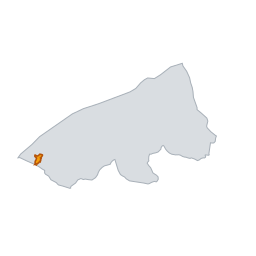 Karluway #1, Maryland, Liberia shown in context, rotated 117°
{"feature_id": "62588387B21181915979204", "entity_name": "Karluway #1", "entity_type": "district", "adm_level": 2, "iso_a3": "LBR", "parent_name": "Liberia", "parent_adm1": "Maryland", "projection": "albers", "projection_center": [-7.745, 4.792], "detail": "fine", "context": "in_parent", "style": "filled", "palette": "amber", "viewbox_px": 256, "rotation_deg": 117, "n_neighbors": 0, "source": "geoboundaries", "source_scale": "gbopen_adm2", "svg_char_len": 3704}
<svg xmlns="http://www.w3.org/2000/svg" viewBox="0 0 256 256"><g transform="rotate(117 128 128)"><path d="M45.7,109.0L47.8,107.2L50.9,101.4L55.3,95.9L59.4,92.6L62.7,89.2L66.1,86.6L71.0,83.6L78.5,75.7L80.3,74.8L81.5,69.2L83.4,62.2L85.6,60.0L90.7,58.8L91.9,57.5L93.7,52.6L94.9,46.8L95.0,45.6L97.0,45.4L100.4,44.2L102.4,44.8L103.3,46.4L103.7,47.8L114.1,44.3L115.0,43.5L115.6,43.7L116.9,46.9L117.6,46.7L118.2,45.8L118.9,45.7L119.8,46.1L120.6,47.6L121.9,49.0L124.1,50.0L125.5,51.3L125.4,54.7L125.9,58.1L126.9,58.9L127.4,60.9L127.7,63.1L128.2,64.3L128.6,66.5L128.4,68.9L128.8,70.6L130.4,73.5L131.5,77.2L131.5,79.8L130.8,82.5L129.7,85.0L127.8,87.7L127.6,88.8L128.8,89.5L130.5,89.6L132.0,89.1L135.7,90.3L137.6,92.1L139.3,94.3L140.8,95.5L141.5,96.9L144.1,96.5L147.1,95.1L147.8,94.5L148.7,94.8L150.6,95.0L152.0,92.6L153.1,89.8L155.5,86.8L156.6,85.6L156.9,83.7L157.1,81.2L157.9,79.0L159.9,77.8L162.0,77.9L163.1,78.3L163.7,80.4L165.4,82.0L166.8,83.1L167.6,83.5L168.8,84.8L169.9,89.0L174.4,102.6L174.1,106.4L173.2,108.8L173.2,111.2L172.9,113.6L170.2,117.5L162.0,125.4L162.7,126.1L164.6,127.0L166.6,127.5L168.2,127.3L170.2,129.3L172.4,131.8L174.7,133.1L178.1,134.2L181.0,134.3L183.5,133.9L187.0,134.4L190.7,136.5L192.0,139.9L192.9,142.9L194.2,144.4L194.4,147.0L197.1,149.2L200.8,149.7L205.8,152.3L207.0,152.2L207.5,151.8L208.1,152.3L209.4,160.0L210.3,164.1L209.8,165.7L209.2,167.0L209.1,173.2L206.9,176.8L206.6,180.6L205.9,181.9L203.6,183.0L203.5,186.0L202.9,189.7L202.7,193.5L203.3,203.5L203.5,211.0L204.5,212.5L199.9,211.8L186.3,206.1L175.8,202.8L140.7,184.0L131.0,176.5L119.8,165.3L94.9,142.6L89.2,139.0L82.0,137.2L77.6,135.3L74.5,133.2L72.0,126.9L65.8,123.2L54.3,117.8L45.7,109.0Z" fill="#d9dde1" stroke="#a8b0b8" stroke-width="1"/><path d="M191.3,194.7L191.6,194.8L191.9,194.9L192.0,194.9L192.3,195.0L192.6,195.1L192.9,195.2L193.1,195.2L193.2,195.3L193.3,195.4L193.4,195.5L193.5,195.6L193.8,195.8L194.0,195.9L194.0,196.0L194.2,196.3L194.3,196.7L194.2,197.0L194.2,197.3L194.2,197.5L194.3,197.7L194.3,197.8L194.3,198.0L194.3,198.3L194.2,198.4L194.2,198.5L194.3,198.5L194.6,198.5L194.9,198.5L195.1,198.4L195.3,198.3L195.4,198.2L195.5,198.2L195.8,197.8L195.8,197.6L195.8,197.4L195.9,197.1L195.9,196.9L196.0,196.7L196.1,196.4L196.1,196.2L196.3,196.0L196.3,195.9L196.5,195.8L196.6,195.7L196.8,195.7L197.1,195.7L197.4,195.7L197.5,195.7L197.8,195.5L198.0,195.5L198.3,195.4L198.6,195.5L198.9,195.5L199.0,195.6L199.3,195.6L199.6,195.6L199.8,195.5L200.0,195.5L200.2,195.4L200.4,195.4L200.6,195.3L200.7,195.2L200.9,195.2L201.0,195.1L201.2,194.9L201.3,194.7L201.6,194.6L201.8,194.6L202.1,194.6L202.3,194.6L202.5,194.6L202.8,194.6L202.7,194.5L202.6,194.4L202.6,194.1L202.6,193.9L202.6,193.6L202.6,193.4L202.5,193.5L202.3,193.5L202.1,193.5L201.9,193.4L201.7,193.4L201.4,193.2L201.3,192.9L201.3,192.7L201.2,192.4L200.9,192.3L200.7,192.3L200.4,192.3L200.2,192.3L200.0,192.2L199.9,191.9L199.7,191.8L199.5,191.7L199.3,191.7L199.0,191.8L198.8,191.7L198.7,191.7L198.4,191.5L198.3,191.4L198.2,191.4L198.2,191.2L197.9,191.1L197.9,190.9L197.7,191.0L197.6,190.9L197.4,190.9L197.3,191.0L197.1,191.1L196.9,191.3L196.7,191.3L196.6,191.2L196.4,191.1L196.2,191.1L196.1,191.3L195.9,191.3L195.8,191.5L195.7,191.6L195.4,191.8L195.2,191.8L195.0,192.0L194.9,192.0L194.7,192.1L194.5,191.8L194.4,191.8L194.2,191.9L194.2,191.7L194.0,191.8L193.9,191.9L193.9,192.0L193.8,191.9L193.6,191.9L193.4,191.9L193.2,191.9L192.9,192.0L192.7,192.0L192.6,191.9L192.1,191.8L191.8,191.7L191.6,191.7L191.3,191.8L191.1,191.8L190.9,191.9L190.8,192.0L190.8,192.3L190.8,192.5L190.9,192.8L190.9,193.0L190.9,193.3L191.0,193.4L191.0,193.6L191.1,193.8L191.3,194.0L191.3,194.3L191.2,194.5L191.3,194.7L191.3,194.7Z" fill="#f59e0b" stroke="#b45309" stroke-width="1.5"/></g></svg>